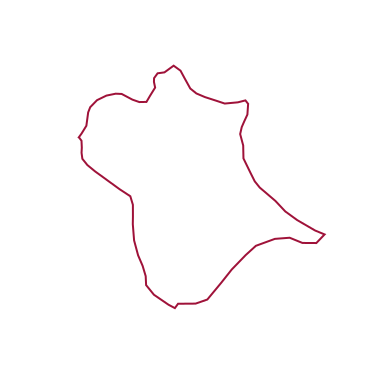 the Statistical Region of Bosilovo, rotated 126°
{"feature_id": "MKD-2997", "entity_name": "Bosilovo", "entity_type": "Statistical Region", "adm_level": 1, "iso_a3": "MKD", "parent_name": "North Macedonia", "parent_adm1": "", "projection": "equal_earth", "projection_center": [22.756, 41.481], "detail": "fine", "context": "isolated", "style": "outline", "palette": "rose", "viewbox_px": 384, "rotation_deg": 126, "n_neighbors": 0, "source": "natural_earth", "source_scale": "10m", "svg_char_len": 1102}
<svg xmlns="http://www.w3.org/2000/svg" viewBox="0 0 384 384"><g transform="rotate(126 192 192)"><path d="M296.0,137.6L297.0,144.7L297.5,162.4L294.3,174.4L287.3,180.0L280.8,188.5L274.9,198.4L265.2,210.4L252.8,221.0L246.8,225.2L237.1,232.3L231.7,239.4L232.3,252.1L232.3,265.5L232.3,282.5L231.7,292.5L229.6,300.2L225.2,304.4L220.9,307.2L215.5,311.5L214.4,315.0L214.4,315.7L209.6,315.7L200.5,316.4L195.1,319.3L188.6,322.8L183.2,324.2L173.5,322.8L164.3,317.9L157.3,311.5L154.0,306.5L152.3,294.5L150.2,287.5L145.9,281.8L138.8,282.5L129.2,283.2L125.3,287.5L122.2,289.6L116.2,289.6L111.4,284.6L104.9,282.5L100.6,281.1L100.6,272.6L104.3,264.9L109.3,254.2L109.7,246.4L107.6,237.3L103.9,226.0L101.2,217.5L92.5,207.6L87.3,203.3L86.5,202.6L87.7,198.4L96.8,192.7L103.9,191.3L110.3,189.9L116.8,187.1L124.3,177.9L134.6,170.1L142.1,156.0L146.5,147.5L148.6,139.8L150.2,119.3L152.9,105.1L152.9,90.3L150.8,69.8L148.4,59.8L160.2,61.4L168.3,72.7L171.6,86.1L181.2,97.4L198.0,108.7L211.5,111.5L231.4,114.3L248.2,115.0L270.0,116.4L280.2,123.5L290.6,137.6L296.0,137.6Z" fill="none" stroke="#9f1239" stroke-width="2"/></g></svg>